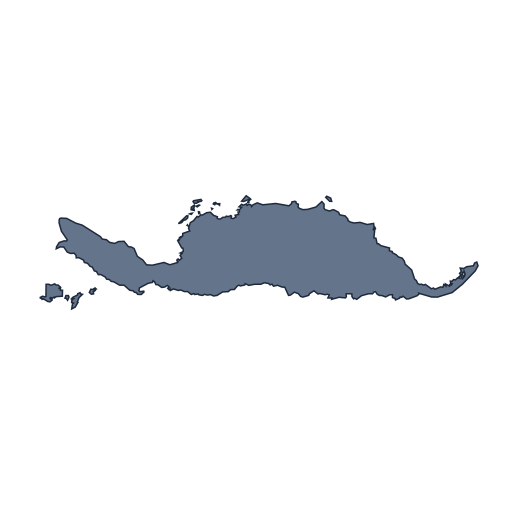 the district of Halmahera Utara, Maluku Utara, Indonesia, rotated 263°
{"feature_id": "22746128B41252486574655", "entity_name": "Halmahera Utara", "entity_type": "district", "adm_level": 2, "iso_a3": "IDN", "parent_name": "Indonesia", "parent_adm1": "Maluku Utara", "projection": "robinson", "projection_center": [127.874, 1.56], "detail": "fine", "context": "isolated", "style": "filled", "palette": "slate", "viewbox_px": 512, "rotation_deg": 263, "n_neighbors": 0, "source": "geoboundaries", "source_scale": "gbopen_adm2", "svg_char_len": 6079}
<svg xmlns="http://www.w3.org/2000/svg" viewBox="0 0 512 512"><g transform="rotate(263 256 256)"><path d="M223.1,474.4L222.4,472.1L219.8,470.6L219.7,463.7L218.3,460.9L219.1,457.2L215.6,457.9L213.9,455.9L212.6,456.8L211.9,458.6L214.5,458.9L214.1,460.0L215.5,460.6L212.5,461.4L210.6,459.3L210.4,460.4L208.2,458.0L210.9,457.2L211.4,456.0L210.6,454.9L209.0,455.5L209.8,453.5L208.0,451.1L208.5,449.3L207.0,447.3L207.4,445.8L204.9,445.9L204.7,447.3L203.4,446.5L204.0,444.7L202.5,444.4L205.2,440.6L203.1,440.7L204.8,438.9L202.2,437.7L202.8,435.4L201.2,429.5L202.6,428.3L202.1,426.1L207.2,420.6L206.7,419.0L207.9,416.6L207.8,414.8L209.1,413.1L212.0,412.2L213.8,410.6L223.1,408.8L229.8,403.0L232.8,402.6L236.0,400.9L237.8,397.1L240.0,395.5L242.7,391.7L243.8,391.8L245.0,389.0L247.7,389.5L251.0,381.3L253.2,379.1L253.5,377.7L259.0,377.2L259.7,375.2L266.4,376.8L267.9,375.7L270.1,376.7L274.0,376.7L273.7,370.2L276.7,363.4L276.8,357.4L278.2,353.7L280.1,351.6L281.4,351.7L284.9,349.4L286.7,344.1L289.3,343.3L292.1,339.4L292.6,338.1L291.7,334.4L293.6,330.2L295.3,329.3L299.2,329.9L302.0,328.0L297.3,321.5L296.0,312.8L296.3,308.3L298.0,304.8L299.6,303.7L302.2,304.4L303.3,302.4L305.1,302.2L305.6,301.1L305.3,298.2L303.7,297.7L301.8,294.8L305.7,282.1L306.0,269.0L308.6,263.7L307.2,259.3L305.6,257.7L307.4,257.1L308.3,255.3L307.2,253.3L308.9,252.8L307.9,249.4L309.1,248.1L306.9,245.1L306.0,247.6L303.9,245.1L301.8,244.9L301.8,243.5L299.4,243.8L299.0,240.2L297.1,240.8L295.9,237.9L296.7,235.7L298.5,236.6L299.2,236.0L298.5,233.2L299.2,231.4L298.3,230.7L298.4,227.6L297.0,225.0L297.5,222.9L298.5,222.0L299.6,222.5L301.6,218.8L305.0,216.1L305.0,212.2L303.3,208.2L303.4,206.2L301.7,203.4L302.5,202.3L298.6,198.2L297.1,194.9L291.7,192.4L288.9,193.3L287.3,186.0L284.9,185.7L283.2,183.3L284.5,184.6L284.1,183.1L283.3,182.1L282.4,182.6L281.8,181.0L281.0,181.5L280.7,180.2L273.0,183.3L272.6,184.5L269.3,184.4L268.2,181.2L267.5,182.8L265.8,180.7L262.8,182.0L261.3,179.5L262.6,178.3L261.8,177.1L260.9,176.9L260.2,177.9L259.1,177.5L257.8,169.4L260.8,163.9L259.5,152.0L260.6,146.3L265.9,143.1L270.1,138.2L278.3,135.9L280.1,133.4L280.8,130.5L286.7,126.8L287.1,121.2L285.7,117.4L287.4,112.3L290.4,109.6L291.5,105.5L294.2,103.9L307.8,87.3L310.7,80.9L316.4,72.7L317.4,67.1L317.1,65.7L315.7,65.0L312.7,64.6L304.3,65.9L295.0,70.7L294.0,69.6L294.4,67.4L293.4,62.3L289.5,59.2L287.5,58.6L288.9,62.9L288.3,66.3L282.8,69.2L281.1,72.3L280.9,75.9L278.5,77.5L276.1,77.3L275.9,80.0L272.9,84.4L270.5,84.8L269.3,87.9L266.0,90.0L264.9,92.2L260.9,93.7L260.0,95.8L256.7,97.2L256.5,99.8L253.4,103.9L251.2,104.9L250.5,107.6L248.5,109.1L247.7,111.7L243.7,117.0L243.1,121.5L237.4,126.5L236.3,130.1L234.9,130.8L234.1,133.0L232.4,133.8L232.1,135.1L231.8,137.5L233.9,140.4L234.8,140.3L234.7,136.5L235.9,135.6L238.5,136.4L242.1,145.8L242.4,150.1L244.0,150.7L242.9,152.1L239.8,153.2L239.4,155.2L236.3,158.5L236.3,161.6L237.6,164.4L235.7,166.2L234.8,164.4L233.1,165.6L233.8,166.7L232.2,166.8L233.4,170.0L231.3,174.6L231.4,177.2L229.4,180.6L229.0,183.9L225.7,187.0L226.3,189.7L225.3,190.3L225.3,194.1L224.4,194.6L223.4,198.1L224.2,200.3L223.1,203.1L223.2,206.2L221.5,209.0L221.6,212.5L224.4,218.5L224.0,224.2L225.7,226.6L225.4,230.5L228.6,233.9L229.1,235.6L228.2,236.8L228.6,241.3L229.9,241.9L227.7,245.3L228.1,251.1L227.4,257.4L228.4,261.0L227.2,265.1L225.6,266.5L226.1,268.5L223.9,269.7L224.3,273.9L222.2,277.6L221.4,280.8L212.9,283.5L213.0,285.4L215.4,289.7L213.4,293.5L210.5,295.3L209.5,297.5L210.5,303.5L212.1,304.5L214.4,309.3L210.7,312.9L211.0,314.7L209.1,319.9L209.4,322.0L208.5,324.0L205.6,322.2L205.0,326.3L203.8,325.8L204.9,333.4L203.5,339.7L204.5,340.7L207.4,340.8L207.4,342.3L206.7,346.5L204.0,346.3L201.6,347.6L202.0,348.9L200.7,350.7L203.8,356.0L204.8,363.2L204.3,367.1L205.9,368.7L206.0,370.3L203.2,371.7L201.8,373.7L201.4,376.2L199.6,379.6L201.2,384.0L201.0,386.7L198.1,386.4L196.9,388.8L195.4,389.1L196.6,393.4L197.8,394.1L197.2,395.5L198.2,397.1L195.0,400.1L194.9,402.5L196.9,411.0L198.3,413.1L199.2,413.0L193.9,425.3L193.1,431.1L195.8,446.3L202.9,457.5L214.3,471.6L219.2,475.2L223.1,474.4ZM241.2,36.8L240.5,36.8L239.6,38.9L239.1,38.6L239.1,40.2L236.2,43.8L235.6,46.0L237.1,48.3L237.8,48.3L238.5,46.6L239.4,46.4L239.8,47.2L238.9,48.5L239.8,50.6L239.0,50.8L240.0,52.8L239.7,58.9L245.6,59.8L245.8,57.7L248.0,58.0L247.7,55.9L248.8,58.2L251.3,56.0L251.5,54.1L252.9,52.8L251.9,49.1L253.2,46.9L253.5,44.2L241.6,42.6L241.1,41.7L242.1,39.3L241.2,36.8ZM231.3,68.2L225.9,66.6L227.3,70.3L231.6,73.6L231.9,73.0L236.3,75.3L239.1,79.1L239.8,77.2L241.0,76.9L240.4,74.6L238.9,73.8L237.5,69.5L236.1,67.7L235.8,69.7L234.7,67.9L232.3,67.3L231.4,69.8L231.3,68.2ZM317.0,253.6L312.2,248.4L311.6,250.4L313.2,256.4L314.3,256.5L317.0,253.6ZM304.4,192.1L297.6,182.9L298.2,186.3L300.2,188.4L300.5,190.6L302.1,192.8L304.1,193.3L304.4,192.1ZM240.1,86.1L238.1,88.0L238.2,90.2L240.3,90.2L241.7,92.9L241.4,91.1L242.4,92.0L242.3,91.4L242.7,93.4L243.9,92.4L242.6,89.4L243.2,88.1L240.1,86.1ZM318.9,208.2L318.5,200.9L317.8,200.1L316.0,201.0L315.6,203.1L316.4,205.4L317.0,205.0L316.9,208.1L317.6,209.0L318.9,208.2ZM305.7,332.3L301.3,335.8L301.0,337.8L304.4,337.2L306.7,333.5L305.7,332.3ZM239.9,62.5L237.4,61.3L237.3,62.3L235.0,63.6L238.0,65.4L239.6,65.0L239.9,62.5ZM309.8,197.2L308.7,200.3L310.5,200.2L309.4,199.6L310.1,198.8L312.8,201.3L314.1,201.0L312.3,197.7L309.8,197.2ZM312.9,219.9L311.9,221.3L312.9,222.3L312.7,223.6L314.1,222.4L313.7,220.4L312.9,219.9ZM307.0,204.3L304.4,204.3L305.4,204.6L304.9,205.4L306.7,205.3L307.0,204.3ZM312.5,224.6L312.1,223.2L312.3,224.5L310.8,226.0L312.4,226.4L312.5,224.6ZM312.8,202.9L311.9,203.6L313.3,206.2L313.6,205.7L312.8,202.9ZM306.3,198.0L306.2,196.2L305.9,195.2L305.2,197.0L306.3,198.0ZM311.7,255.7L310.5,254.3L310.0,254.2L310.1,255.5L311.7,255.7ZM268.0,377.4L268.0,375.9L266.9,376.5L268.0,377.4ZM308.8,217.7L307.6,217.9L308.3,218.7L308.8,217.7ZM269.0,376.6L269.3,377.7L270.2,377.4L270.1,376.8L269.0,376.6ZM303.9,243.7L304.8,244.4L304.0,243.1L303.9,243.7ZM312.9,257.7L313.6,257.2L312.1,256.4L312.9,257.7ZM294.8,191.3L294.1,192.2L295.3,191.8L294.8,191.3Z" fill="#64748b" stroke="#1e293b" stroke-width="1.5"/></g></svg>